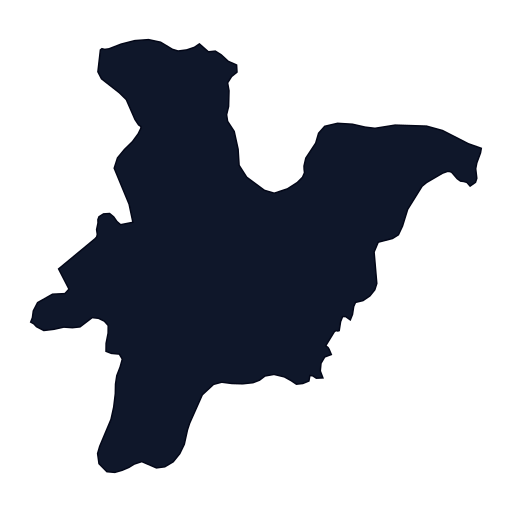 outline of Banwa
{"feature_id": "BFA-2801", "entity_name": "Banwa", "entity_type": "Province", "adm_level": 1, "iso_a3": "BFA", "parent_name": "Burkina Faso", "parent_adm1": "", "projection": "orthographic", "projection_center": [-4.172, 12.228], "detail": "fine", "context": "isolated", "style": "filled", "palette": "ink", "viewbox_px": 512, "rotation_deg": 0, "n_neighbors": 0, "source": "natural_earth", "source_scale": "10m", "svg_char_len": 2321}
<svg xmlns="http://www.w3.org/2000/svg" viewBox="0 0 512 512"><path d="M178.1,51.0L186.7,49.9L194.4,47.3L199.4,43.9L208.4,51.8L215.3,51.1L221.3,54.9L228.2,61.3L236.6,65.0L237.0,72.1L231.6,76.5L227.6,82.8L229.0,90.7L228.6,106.4L226.6,114.7L227.6,121.3L234.2,131.4L238.1,149.2L239.1,165.3L246.7,177.2L264.4,190.3L274.2,193.2L287.5,188.8L297.3,182.5L302.5,177.3L304.5,172.7L304.1,169.3L304.0,166.0L305.8,158.1L315.7,143.1L318.6,133.2L324.7,126.3L337.5,123.3L352.4,124.2L365.1,127.1L375.0,128.3L395.1,125.1L426.5,126.1L442.5,130.5L468.3,143.7L481.3,148.3L480.5,152.9L476.8,162.9L475.7,168.7L476.8,178.3L475.5,182.3L470.1,186.1L466.9,182.4L463.7,181.5L460.5,181.1L457.2,178.7L451.7,172.3L450.0,171.6L447.5,171.4L442.5,173.2L426.6,182.5L422.1,186.2L407.7,209.3L402.5,226.1L398.4,234.8L392.5,238.5L378.2,242.2L374.1,252.0L376.8,283.5L374.8,289.8L369.9,295.9L363.0,300.6L355.5,302.4L353.7,306.5L352.5,314.4L350.3,319.9L345.7,316.6L342.6,316.6L340.6,321.6L339.2,330.6L337.8,331.0L336.0,330.6L334.4,331.6L325.7,345.8L328.0,347.5L329.1,349.3L331.3,354.5L324.7,357.0L321.0,363.3L320.3,371.0L322.9,377.9L316.3,378.2L312.7,375.8L309.9,375.5L308.9,381.0L302.8,383.5L296.4,384.2L291.2,380.7L284.4,376.9L274.0,374.4L265.0,376.0L259.5,380.2L253.0,382.7L242.7,383.8L231.9,383.5L221.7,382.2L213.5,384.4L202.3,394.8L189.7,423.1L187.5,429.8L184.3,444.3L179.8,453.6L173.2,461.8L164.8,466.8L156.4,467.9L141.8,461.6L134.2,464.1L128.9,467.4L122.1,470.3L114.8,472.4L106.9,471.7L99.0,463.7L97.6,453.5L99.7,446.3L111.0,419.4L113.7,407.1L115.3,393.8L115.5,384.1L116.8,375.6L120.1,367.1L122.3,359.1L119.3,354.1L111.4,353.4L106.0,351.3L106.1,343.3L108.1,333.2L108.2,325.5L104.4,321.2L98.5,318.3L92.2,317.6L80.0,326.9L72.4,327.7L63.8,327.1L53.9,329.3L43.8,330.5L36.5,326.7L33.8,323.8L30.7,322.1L32.4,317.7L33.3,310.9L37.6,302.6L52.5,294.2L64.9,293.6L69.0,289.1L58.6,268.9L95.1,238.7L96.7,236.9L97.3,234.4L96.6,229.6L98.0,223.0L97.9,219.6L99.0,216.7L103.5,213.9L109.6,213.5L113.7,216.9L116.9,221.5L120.6,224.7L132.9,222.3L129.1,204.2L114.2,168.2L117.5,157.9L124.5,149.4L132.4,141.7L138.2,133.8L141.0,128.0L140.8,126.4L138.6,124.9L135.0,119.5L126.3,99.6L119.4,92.8L101.5,78.8L97.9,71.8L100.4,49.9L101.9,48.7L104.7,49.4L109.0,48.8L121.1,44.1L134.8,40.6L148.5,39.6L160.6,42.2L172.4,49.3L178.1,51.0Z" fill="#0f172a" stroke="#020617" stroke-width="1.5"/></svg>